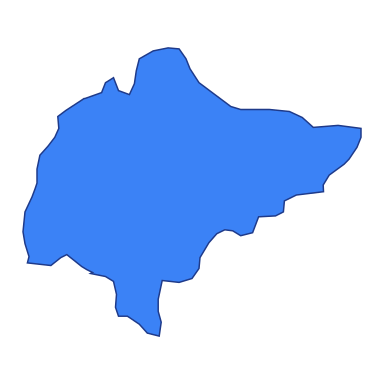 Okcheon-gun, North Chungcheong, South Korea
{"feature_id": "91817680B1659695850463", "entity_name": "Okcheon-gun", "entity_type": "district", "adm_level": 2, "iso_a3": "KOR", "parent_name": "South Korea", "parent_adm1": "North Chungcheong", "projection": "mercator", "projection_center": [127.662, 36.302], "detail": "fine", "context": "isolated", "style": "filled", "palette": "blue", "viewbox_px": 384, "rotation_deg": 0, "n_neighbors": 0, "source": "geoboundaries", "source_scale": "gbopen_adm2", "svg_char_len": 1087}
<svg xmlns="http://www.w3.org/2000/svg" viewBox="0 0 384 384"><path d="M361.0,128.4L338.1,125.4L313.3,127.4L302.3,117.5L289.4,111.5L269.5,109.5L240.7,109.5L230.8,106.5L214.9,94.6L199.0,82.7L190.0,68.8L186.0,58.8L179.1,48.9L168.1,47.9L153.2,50.9L139.3,58.8L136.3,70.7L134.4,83.7L129.4,94.6L118.5,90.6L113.5,77.7L105.5,82.7L101.6,92.6L84.7,98.6L84.1,98.5L65.8,110.5L57.8,116.5L58.8,128.4L54.8,137.3L47.9,146.3L39.9,155.2L37.0,169.1L37.0,183.1L35.0,189.0L32.0,197.0L25.0,211.9L23.0,231.8L25.0,243.7L29.0,256.6L27.4,262.9L50.9,265.5L60.8,257.6L66.8,254.6L81.7,266.5L86.6,269.5L92.6,272.5L90.6,273.5L105.5,276.5L113.5,281.4L116.5,294.4L115.5,307.3L118.5,316.2L127.4,316.2L139.3,324.2L147.3,333.1L159.2,336.1L161.2,322.2L158.2,311.3L158.2,299.3L162.2,280.5L179.1,282.4L192.0,278.5L199.0,268.5L200.0,257.6L208.9,242.7L216.8,233.7L224.8,229.8L232.7,230.8L240.7,235.7L252.6,232.7L258.6,216.8L275.5,215.9L283.4,211.9L284.4,200.9L296.4,195.0L323.5,191.7L323.2,185.0L329.2,175.1L344.1,164.2L349.0,159.2L357.0,147.3L361.0,137.3L361.0,128.4Z" fill="#3b82f6" stroke="#1e3a8a" stroke-width="1.5"/></svg>